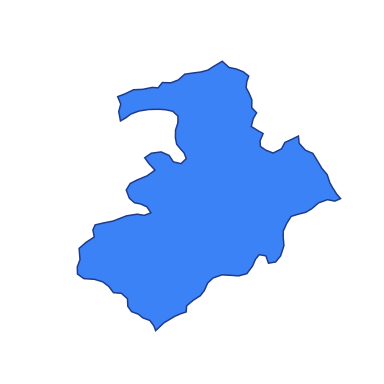 Ijaci, Minas Gerais, Brazil, rotated 249°
{"feature_id": "56859067B18421767150420", "entity_name": "Ijaci", "entity_type": "district", "adm_level": 2, "iso_a3": "BRA", "parent_name": "Brazil", "parent_adm1": "Minas Gerais", "projection": "robinson", "projection_center": [-44.927, -21.175], "detail": "fine", "context": "isolated", "style": "filled", "palette": "blue", "viewbox_px": 384, "rotation_deg": 249, "n_neighbors": 0, "source": "geoboundaries", "source_scale": "gbopen_adm2", "svg_char_len": 1850}
<svg xmlns="http://www.w3.org/2000/svg" viewBox="0 0 384 384"><g transform="rotate(249 192 192)"><path d="M156.4,55.7L149.9,60.0L145.4,69.7L140.1,76.5L133.6,80.5L126.2,82.6L122.7,89.8L115.5,93.5L108.2,91.1L102.0,92.7L97.0,98.3L92.2,100.9L87.2,106.6L80.9,108.4L75.6,108.4L79.9,118.7L82.1,131.2L82.4,137.5L82.1,143.6L87.7,146.2L90.6,154.6L92.2,162.6L95.6,168.2L101.4,174.0L104.2,180.8L103.9,190.3L100.3,198.4L97.0,205.4L96.1,213.9L101.2,222.0L106.5,227.2L109.4,232.3L105.9,238.1L98.1,237.9L96.7,245.0L100.6,251.8L109.0,258.6L116.9,260.9L122.7,263.1L128.6,269.0L133.7,275.8L133.2,283.2L132.3,291.0L133.4,297.5L136.5,306.3L136.3,315.7L132.3,322.1L132.6,328.3L138.2,326.3L145.6,324.8L151.1,324.0L159.8,324.4L167.6,321.7L176.4,320.2L184.8,318.6L190.4,312.8L199.1,309.5L206.1,311.4L205.4,303.7L205.0,296.5L200.2,291.0L199.3,281.7L204.7,275.8L210.0,272.2L215.4,273.9L221.0,279.3L225.7,275.5L231.9,270.8L238.6,275.5L242.8,280.7L249.3,278.0L256.6,280.9L263.9,280.7L270.0,279.9L275.6,282.8L279.9,286.5L286.0,282.8L291.0,277.4L295.0,271.2L303.2,267.1L301.5,257.1L300.1,250.5L300.9,243.1L302.8,235.4L304.6,227.5L301.5,219.3L301.5,211.4L304.8,203.6L301.4,197.6L303.9,192.4L305.5,182.8L308.4,174.1L307.6,164.0L307.7,156.8L299.6,157.0L293.3,152.4L284.0,150.7L284.9,156.6L286.7,162.8L286.6,171.5L284.7,180.6L282.7,186.4L280.6,191.9L278.1,197.1L274.3,202.9L267.9,206.1L261.6,203.6L255.7,198.8L248.5,195.9L242.1,194.8L236.2,196.7L231.4,198.6L225.2,198.6L222.4,191.9L226.8,185.4L234.4,183.7L240.5,177.5L242.8,167.9L240.9,160.1L233.9,162.0L225.7,165.3L223.2,156.0L222.9,145.0L222.1,137.4L217.4,131.3L208.6,131.3L202.5,134.5L199.3,139.7L194.3,144.6L187.3,146.2L187.3,139.0L190.9,133.0L193.2,122.5L193.2,107.6L194.8,98.3L196.0,89.8L192.1,85.9L185.0,84.6L183.1,75.5L179.8,66.4L169.0,63.2L163.1,58.0L156.4,55.7Z" fill="#3b82f6" stroke="#1e3a8a" stroke-width="1.5"/></g></svg>